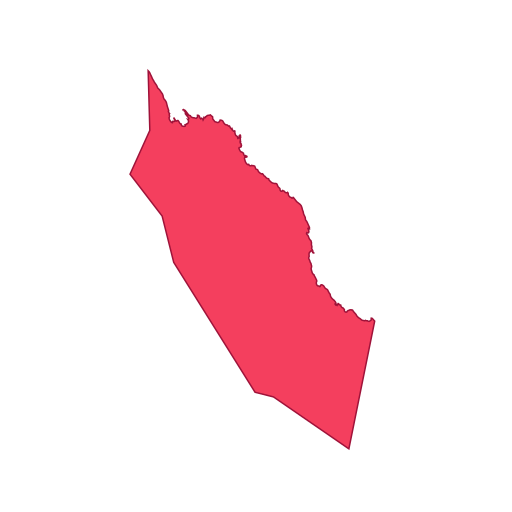 the district of Sveitarfélagið Vogar, Suðurnes, Iceland, rotated 63°
{"feature_id": "244011B53257850023541", "entity_name": "Sveitarfélagið Vogar", "entity_type": "district", "adm_level": 2, "iso_a3": "ISL", "parent_name": "Iceland", "parent_adm1": "Suðurnes", "projection": "natural_earth1", "projection_center": [-22.291, 63.982], "detail": "fine", "context": "isolated", "style": "filled", "palette": "rose", "viewbox_px": 512, "rotation_deg": 63, "n_neighbors": 0, "source": "geoboundaries", "source_scale": "gbopen_adm2", "svg_char_len": 5963}
<svg xmlns="http://www.w3.org/2000/svg" viewBox="0 0 512 512"><g transform="rotate(63 256 256)"><path d="M367.9,179.8L364.5,180.7L364.0,181.0L363.7,181.6L365.1,182.3L365.4,182.6L365.6,184.2L365.7,184.6L365.5,185.1L364.7,185.9L364.3,186.1L363.7,187.2L363.0,187.7L363.1,188.3L363.0,188.7L361.4,190.6L360.8,191.0L359.2,191.6L357.4,192.7L355.1,193.4L353.5,193.4L349.6,194.4L348.1,194.5L347.8,194.7L347.7,195.2L347.4,195.5L347.2,195.5L346.6,196.7L346.6,197.8L346.4,198.6L346.4,198.9L346.6,199.4L346.6,199.8L347.0,200.2L347.1,200.8L346.9,201.0L346.7,201.6L346.3,201.9L345.2,202.2L344.7,202.1L344.1,201.6L343.5,201.6L341.6,202.1L341.1,202.7L340.5,202.9L339.6,203.1L338.1,202.8L337.6,203.6L336.9,204.0L336.0,204.0L335.8,204.2L336.3,204.5L336.0,204.9L336.5,205.2L336.6,205.7L336.8,206.1L335.8,206.2L335.4,206.3L335.4,206.6L335.9,206.7L336.1,206.9L336.1,207.1L335.1,207.4L334.7,207.3L334.3,207.0L334.2,206.4L334.0,206.1L332.9,206.1L330.9,206.5L329.2,207.3L327.7,207.7L325.8,207.9L324.8,207.6L323.6,207.3L322.1,207.6L318.6,207.6L318.1,207.8L316.5,208.8L315.9,209.0L313.2,209.3L311.7,210.2L311.3,210.8L311.3,211.6L311.7,212.1L312.1,212.4L312.3,213.0L311.2,213.7L310.5,214.7L309.7,214.9L308.6,214.9L307.5,214.6L306.4,213.8L306.1,213.3L305.3,213.0L301.9,212.9L299.9,213.0L299.2,212.8L298.6,213.2L297.0,213.5L296.2,213.5L295.0,213.2L294.0,213.1L292.4,212.7L290.8,211.3L289.9,210.9L289.0,210.8L287.7,210.4L286.0,210.5L284.4,210.2L282.7,210.2L281.8,210.0L281.3,209.7L280.5,208.8L278.8,208.1L277.9,207.6L277.4,207.2L277.3,206.6L276.8,206.0L276.4,204.9L276.4,204.7L276.6,204.4L277.4,203.8L277.6,203.6L277.6,203.4L277.0,203.0L274.7,203.1L273.2,202.0L271.1,201.5L269.3,200.5L267.3,200.1L265.8,200.6L264.5,200.7L262.0,200.4L261.3,200.4L259.7,200.9L259.0,200.8L258.6,200.6L258.2,200.0L259.0,199.4L259.1,199.1L259.1,198.5L258.1,197.7L257.5,197.5L255.0,197.2L254.9,196.8L255.1,196.6L256.1,196.4L256.2,196.0L255.3,195.8L255.1,195.7L254.9,195.4L249.3,195.1L248.1,195.1L246.8,195.4L246.1,195.4L243.9,194.6L240.2,194.5L237.7,193.8L236.2,193.7L233.7,193.1L231.8,192.9L230.2,193.2L226.0,195.1L220.9,196.1L220.6,196.3L221.0,197.1L220.6,197.8L220.0,198.0L218.7,199.1L216.9,199.5L215.8,199.3L214.7,198.8L213.6,199.0L213.7,199.4L213.6,200.0L212.8,201.0L210.9,201.5L210.5,202.0L209.7,202.4L209.6,202.6L210.1,203.5L209.7,204.2L209.2,204.5L208.3,204.6L207.2,204.2L206.8,204.1L206.2,204.2L205.3,204.6L204.2,204.9L201.8,204.7L201.0,204.8L200.3,205.5L200.0,206.3L198.7,207.9L198.0,208.5L197.2,208.9L195.6,209.5L194.1,209.9L193.1,209.7L192.9,209.7L191.8,211.0L190.9,211.4L188.9,211.9L188.5,212.3L188.2,212.4L186.4,212.6L185.9,212.8L185.6,212.9L185.5,213.2L185.5,213.6L185.4,213.8L183.5,215.0L181.8,215.5L180.0,215.4L179.6,215.6L178.9,216.3L178.2,216.7L176.4,216.4L175.2,216.4L174.9,216.8L173.9,217.8L173.9,218.1L173.8,218.5L173.2,218.9L173.3,219.4L173.0,220.3L172.2,220.8L171.0,220.9L171.0,221.6L170.8,221.9L170.5,222.1L169.4,222.5L167.9,222.7L166.8,222.6L164.1,222.1L163.5,221.8L162.9,221.2L163.0,220.6L163.4,220.3L163.3,219.9L163.6,219.4L163.3,219.2L163.2,218.9L162.9,218.9L161.8,219.8L162.4,220.3L162.1,220.5L161.7,220.7L160.0,220.9L158.7,220.5L156.8,221.5L156.6,221.9L156.2,222.2L154.7,222.5L152.6,222.4L152.1,222.3L151.8,221.8L152.0,221.3L151.9,220.6L151.8,220.1L152.0,219.7L151.9,219.5L151.3,219.3L150.8,219.0L150.7,218.6L149.7,218.6L149.0,218.3L148.4,218.7L147.6,218.6L146.8,218.2L147.1,217.8L146.9,217.7L146.5,217.7L143.9,216.5L143.4,216.1L143.3,215.8L143.0,215.7L142.1,215.4L141.6,215.1L141.1,215.1L141.0,215.5L142.5,215.9L141.5,216.1L141.5,216.3L142.1,216.4L143.0,216.3L143.2,216.5L143.3,217.0L142.4,217.1L142.9,217.4L142.9,217.5L142.6,218.0L142.5,218.3L143.1,218.6L143.1,218.8L142.8,218.8L141.7,218.5L141.1,218.4L140.2,218.8L139.5,219.3L138.2,219.2L136.6,218.9L135.1,218.1L134.8,218.2L134.8,219.2L134.6,219.4L133.4,219.7L132.3,219.6L132.6,219.9L132.6,220.0L130.6,220.3L130.4,220.6L128.1,220.6L127.9,221.4L126.1,222.2L125.4,223.3L124.5,223.9L122.6,224.3L120.8,224.3L120.1,224.6L119.5,225.0L118.6,226.2L119.1,226.7L119.7,227.9L119.9,228.8L119.7,229.5L119.1,230.3L118.7,230.5L118.2,231.1L117.7,231.6L117.3,231.8L116.1,231.9L114.6,232.3L113.7,232.1L112.4,231.5L112.0,231.5L111.2,232.0L109.5,232.6L109.4,233.4L109.4,233.7L108.9,234.7L108.7,235.9L109.1,236.7L109.0,237.6L109.7,238.3L109.5,238.9L108.8,239.3L108.7,239.5L109.4,239.7L110.1,240.6L110.4,240.8L110.8,241.4L110.1,241.3L108.5,241.8L108.4,242.0L108.6,242.4L108.7,243.0L107.3,243.3L106.7,243.1L105.2,243.1L104.6,243.4L104.1,244.0L104.0,244.3L105.4,244.9L105.9,245.2L105.9,245.8L106.2,246.5L106.2,246.9L104.8,248.3L104.2,249.3L103.2,250.3L102.5,250.7L101.2,250.8L100.0,251.9L94.2,253.0L92.5,254.2L92.6,254.7L92.8,254.7L92.9,254.1L93.5,253.7L94.1,253.8L95.0,254.4L94.1,253.6L94.7,253.4L94.9,253.1L99.2,252.3L99.4,252.3L99.5,252.6L99.4,252.7L98.3,253.2L98.7,254.0L97.3,254.2L96.5,253.9L96.3,254.0L97.3,254.4L102.8,253.3L103.4,254.0L103.6,254.5L103.3,254.8L104.3,254.7L105.4,255.0L106.2,255.6L107.0,256.8L106.8,257.7L107.1,258.3L106.9,258.8L107.0,259.3L106.9,259.7L107.8,259.8L108.1,260.0L108.0,261.0L107.7,261.5L106.8,262.8L105.0,263.1L104.7,262.8L104.2,262.8L103.7,263.4L102.9,263.7L101.1,263.7L101.0,263.8L100.0,263.9L99.7,264.2L99.7,265.6L99.5,265.8L98.3,266.2L95.9,266.4L95.9,266.6L96.1,266.7L98.6,266.6L99.0,266.9L99.1,267.3L99.0,267.8L98.2,268.8L98.4,269.4L98.8,269.4L99.3,269.9L98.7,270.6L98.3,270.8L96.0,271.2L94.5,271.1L93.2,270.6L93.1,270.3L92.8,270.1L92.6,269.7L91.9,269.4L91.3,269.4L90.6,269.1L90.3,268.9L89.9,268.3L88.9,268.6L87.6,268.5L87.3,268.4L87.1,268.1L87.1,267.9L86.9,267.8L82.6,267.1L78.3,266.1L76.2,266.2L74.2,266.7L72.4,266.5L70.9,266.0L69.1,265.8L64.0,266.5L61.7,267.3L58.9,267.1L55.1,267.6L54.3,267.7L53.6,267.6L51.3,267.8L48.4,267.6L46.0,267.6L45.2,267.5L44.3,267.5L43.3,267.6L42.0,268.0L95.9,293.6L125.9,331.1L177.8,321.5L224.3,332.2L377.0,318.7L389.5,304.4L470.0,260.8L367.9,179.8ZM278.8,203.9L279.5,203.3L279.5,203.1L278.7,203.2L277.8,203.8L278.8,203.9Z" fill="#f43f5e" stroke="#9f1239" stroke-width="1.5"/></g></svg>